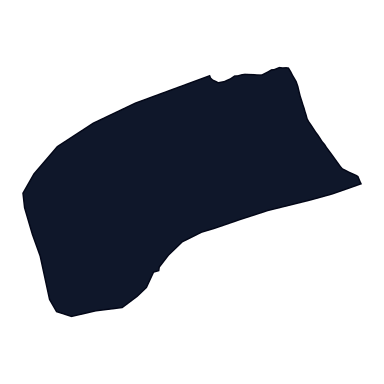 Union Terrace, Gros Islet, Saint Lucia
{"feature_id": "8701671B11506413614658", "entity_name": "Union Terrace", "entity_type": "district", "adm_level": 2, "iso_a3": "LCA", "parent_name": "Saint Lucia", "parent_adm1": "Gros Islet", "projection": "albers", "projection_center": [-60.956, 14.027], "detail": "fine", "context": "isolated", "style": "filled", "palette": "ink", "viewbox_px": 384, "rotation_deg": 0, "n_neighbors": 0, "source": "geoboundaries", "source_scale": "gbopen_adm2", "svg_char_len": 1120}
<svg xmlns="http://www.w3.org/2000/svg" viewBox="0 0 384 384"><path d="M361.0,183.8L360.0,181.7L358.8,178.8L357.9,176.6L356.4,175.6L354.0,174.5L348.8,172.2L345.4,170.4L342.3,168.9L340.3,166.6L331.3,154.1L326.3,147.4L324.5,144.5L322.0,141.6L319.4,137.5L317.6,134.8L315.6,132.2L310.7,124.7L308.5,121.6L307.0,118.7L306.0,114.9L304.9,111.5L304.1,108.5L302.8,104.7L301.8,101.4L300.1,96.1L299.3,92.9L298.4,89.1L297.8,86.5L296.1,81.6L294.2,78.3L292.4,75.3L290.7,71.9L288.4,68.1L287.6,68.0L286.2,67.8L282.7,68.0L279.4,67.6L274.2,69.7L271.5,69.9L268.3,71.8L262.0,75.0L260.3,75.1L256.9,75.0L253.5,74.7L250.0,74.6L244.9,74.4L241.9,74.8L238.0,75.9L234.6,76.1L230.5,78.9L227.0,80.4L224.5,81.6L218.2,82.8L216.0,81.6L212.6,80.1L210.5,78.1L209.6,75.8L135.5,103.1L93.3,123.2L57.4,146.6L34.0,173.9L23.0,193.2L24.6,207.7L32.4,234.3L40.2,256.0L49.6,299.5L56.6,311.6L71.5,316.4L95.7,310.8L122.2,307.5L137.1,296.3L146.4,287.4L153.5,272.1L158.7,270.6L159.2,267.1L168.5,255.0L182.2,241.8L201.4,232.2L214.7,228.2L239.7,219.6L267.7,210.5L310.9,199.8L332.5,193.8L357.0,185.2L361.0,183.8Z" fill="#0f172a" stroke="#020617" stroke-width="1.5"/></svg>